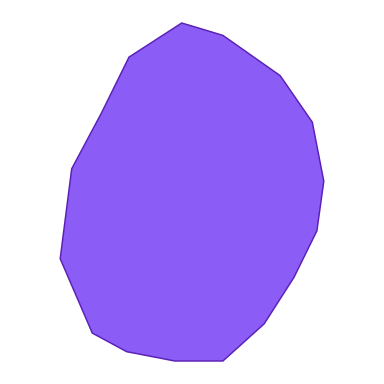 the district of Tshumbe, Kasaï-Oriental, Democratic Republic of the Congo
{"feature_id": "63176286B80144027802447", "entity_name": "Tshumbe", "entity_type": "district", "adm_level": 2, "iso_a3": "COD", "parent_name": "Democratic Republic of the Congo", "parent_adm1": "Kasaï-Oriental", "projection": "equal_earth", "projection_center": [22.697, -4.045], "detail": "fine", "context": "isolated", "style": "filled", "palette": "violet", "viewbox_px": 384, "rotation_deg": 0, "n_neighbors": 0, "source": "geoboundaries", "source_scale": "gbopen_adm2", "svg_char_len": 329}
<svg xmlns="http://www.w3.org/2000/svg" viewBox="0 0 384 384"><path d="M126.7,351.7L174.8,361.0L222.9,361.0L264.2,323.8L294.0,277.3L316.9,230.8L323.8,181.2L312.3,122.2L280.2,75.7L222.9,35.4L181.7,23.0L129.0,57.1L101.5,112.9L71.7,168.8L60.2,258.7L92.3,333.1L126.7,351.7Z" fill="#8b5cf6" stroke="#5b21b6" stroke-width="1.5"/></svg>